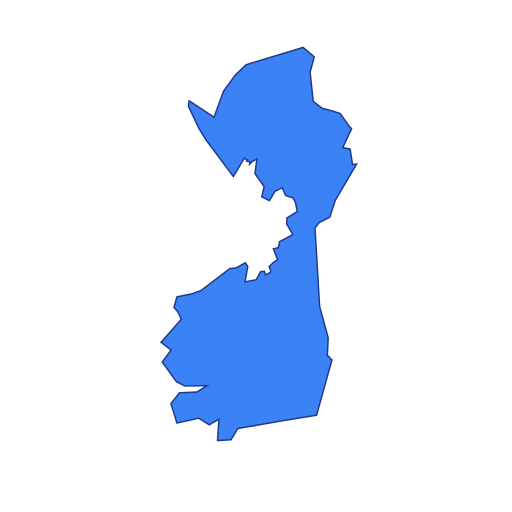 outline of Henrico, Virginia, United States of America, rotated 57°
{"feature_id": "52423323B30823129244387", "entity_name": "Henrico", "entity_type": "district", "adm_level": 2, "iso_a3": "USA", "parent_name": "United States of America", "parent_adm1": "Virginia", "projection": "mercator", "projection_center": [-77.411, 37.531], "detail": "fine", "context": "isolated", "style": "filled", "palette": "blue", "viewbox_px": 512, "rotation_deg": 57, "n_neighbors": 0, "source": "geoboundaries", "source_scale": "gbopen_adm2", "svg_char_len": 1496}
<svg xmlns="http://www.w3.org/2000/svg" viewBox="0 0 512 512"><g transform="rotate(57 256 256)"><path d="M89.5,227.5L93.4,231.1L112.8,233.7L118.3,234.4L131.3,234.7L177.0,231.7L167.6,212.5L170.9,210.9L171.4,212.2L173.9,209.7L175.4,211.2L174.7,207.2L175.2,202.5L186.3,212.0L189.5,211.9L202.3,211.4L209.5,218.9L216.9,214.6L212.1,204.9L213.0,196.8L221.5,198.2L227.1,193.5L227.2,193.4L232.3,193.7L241.2,197.1L240.9,209.3L245.7,212.8L258.1,213.5L256.8,228.4L261.2,232.8L259.4,237.5L270.9,239.9L270.9,245.0L272.1,250.9L275.9,251.4L277.5,252.8L277.1,258.3L273.4,257.2L271.6,260.8L275.9,268.4L276.0,268.3L276.1,268.6L271.7,279.3L260.3,268.6L255.9,268.6L255.1,279.5L252.3,284.6L255.0,321.0L252.9,330.1L247.2,344.5L254.4,352.8L259.9,352.0L268.3,353.0L276.7,382.7L288.6,378.4L293.9,392.4L318.1,391.2L326.2,386.5L338.0,367.8L337.9,379.6L329.0,394.8L333.5,407.7L353.0,413.3L360.8,392.4L372.1,387.2L372.7,376.0L389.8,388.8L396.5,377.1L390.8,365.2L408.3,324.2L422.5,291.9L384.5,248.9L384.1,248.8L383.7,249.1L383.5,249.4L383.2,249.6L382.8,249.6L382.2,249.8L381.6,249.6L381.1,249.5L380.7,249.6L380.4,249.4L380.0,249.5L379.9,249.8L378.9,250.4L378.3,250.5L378.1,250.2L363.9,240.0L332.9,230.1L264.7,191.3L262.4,184.8L263.6,173.0L252.5,159.2L233.7,121.6L231.8,125.2L217.5,118.8L212.4,124.3L201.3,106.5L198.3,107.1L182.3,107.8L176.3,112.7L168.0,120.1L157.5,123.8L131.3,110.5L120.7,98.7L106.7,102.9L90.2,160.0L92.9,174.6L100.0,193.3L116.7,215.6L89.5,227.5Z" fill="#3b82f6" stroke="#1e3a8a" stroke-width="1.5"/></g></svg>